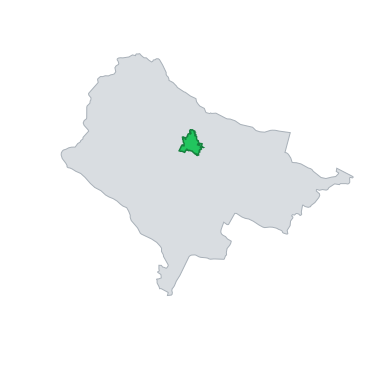 Kailo, Maniema, Democratic Republic of the Congo (highlighted), rotated 297°
{"feature_id": "63176286B17504702690240", "entity_name": "Kailo", "entity_type": "district", "adm_level": 2, "iso_a3": "COD", "parent_name": "Democratic Republic of the Congo", "parent_adm1": "Maniema", "projection": "equal_earth", "projection_center": [25.788, -2.56], "detail": "fine", "context": "in_parent", "style": "filled", "palette": "green", "viewbox_px": 384, "rotation_deg": 297, "n_neighbors": 0, "source": "geoboundaries", "source_scale": "gbopen_adm2", "svg_char_len": 7686}
<svg xmlns="http://www.w3.org/2000/svg" viewBox="0 0 384 384"><g transform="rotate(297 192 192)"><path d="M289.5,252.6L269.4,256.9L269.8,258.4L269.6,260.0L269.1,261.2L267.1,264.6L264.0,267.6L264.0,268.4L265.5,271.8L266.5,276.4L266.2,284.7L266.6,286.9L266.5,288.6L265.5,290.6L263.5,300.4L264.8,305.2L268.7,309.7L271.0,313.0L274.9,314.2L275.6,314.0L275.8,311.2L278.9,310.2L278.8,327.7L278.6,328.7L278.0,328.9L277.3,328.4L277.0,326.7L276.2,326.0L272.4,328.1L271.5,328.1L270.4,327.7L269.7,326.8L269.4,325.5L266.8,320.4L265.5,320.0L264.0,315.4L258.1,312.0L255.8,311.8L254.6,310.7L253.4,307.1L251.4,304.8L251.0,302.2L250.6,301.8L249.3,302.3L248.3,306.4L246.9,307.4L244.5,307.5L238.4,306.3L234.0,304.2L232.8,304.3L231.1,302.5L230.4,299.3L230.8,296.9L230.4,296.5L223.7,298.5L222.1,299.8L220.6,299.5L220.2,298.8L220.8,297.1L220.5,295.3L220.0,294.5L218.0,293.8L217.4,291.8L216.2,291.6L215.8,291.8L215.5,293.2L214.7,293.6L210.8,293.0L206.6,294.7L201.0,294.2L198.4,296.3L198.0,296.2L197.4,295.2L196.9,291.9L197.2,290.9L198.0,290.3L198.3,288.9L198.0,285.5L198.2,284.7L197.9,282.7L197.1,279.5L195.9,276.9L193.3,273.0L192.9,271.2L193.0,266.8L193.8,259.9L193.7,254.8L192.7,251.4L192.4,247.8L193.1,241.4L192.4,239.8L179.7,239.3L179.2,238.8L178.9,237.9L179.5,234.0L171.7,235.0L169.4,235.8L168.0,237.3L167.5,239.3L167.5,242.1L166.3,244.8L166.0,249.3L163.9,249.8L161.7,249.8L157.6,248.9L153.6,250.1L151.6,251.4L150.6,250.8L147.0,251.2L146.5,250.9L142.3,241.9L140.5,239.0L140.1,237.5L140.2,236.1L139.7,234.3L137.8,229.6L137.4,227.5L137.5,224.1L137.2,223.0L135.5,220.1L134.3,219.2L133.1,218.7L112.3,219.1L105.4,218.5L100.4,218.9L97.9,218.6L97.1,218.2L94.9,218.8L93.7,220.0L91.9,220.7L90.8,220.4L88.6,217.1L91.5,216.5L91.7,216.2L91.9,208.2L91.1,207.1L92.6,205.7L95.1,202.2L97.6,200.9L97.9,200.2L98.5,200.2L99.4,201.7L101.5,203.6L104.2,201.9L104.4,201.5L104.8,198.0L105.4,197.7L106.6,198.5L107.2,198.5L108.3,197.5L111.7,195.8L112.7,198.0L111.8,199.9L112.2,201.4L112.3,203.5L112.9,204.0L115.5,204.3L116.3,203.8L121.6,195.9L123.0,195.0L125.2,191.8L128.1,190.4L129.4,188.0L131.1,183.5L131.8,177.2L131.5,166.2L131.8,164.7L135.3,159.8L139.0,150.8L141.4,148.4L143.3,147.5L146.2,144.2L148.4,140.9L148.1,136.9L148.7,133.6L149.9,129.4L150.3,124.9L149.9,120.3L150.1,116.4L151.8,110.3L151.9,103.3L153.5,97.5L156.5,90.0L158.0,84.4L157.7,79.0L158.1,74.9L158.0,72.5L157.4,70.5L157.7,69.2L158.8,68.7L160.3,66.6L162.9,61.2L165.6,58.6L167.6,57.8L169.6,57.9L170.9,58.3L173.0,60.4L175.4,62.1L177.2,64.2L179.0,67.5L183.3,68.2L185.2,69.4L186.3,69.8L186.7,69.5L187.6,69.7L189.7,70.7L191.3,70.1L199.3,72.3L200.2,71.2L202.4,65.6L204.1,63.7L206.8,63.5L208.9,64.6L210.1,64.6L219.9,59.7L221.1,59.5L224.7,60.7L227.0,59.9L228.0,60.1L230.0,59.3L231.6,55.9L232.9,55.1L247.0,58.7L249.2,56.9L250.2,56.7L253.3,58.0L254.3,60.1L256.2,61.9L257.5,64.8L259.6,66.5L260.7,68.0L261.9,69.1L264.5,69.5L267.7,66.9L270.0,67.1L272.3,68.6L273.1,68.5L274.8,67.0L275.8,65.3L276.7,65.0L278.0,65.7L279.1,67.2L280.1,69.5L283.7,74.5L287.1,76.7L287.9,79.8L289.2,79.5L289.8,79.8L290.7,81.7L291.3,82.1L291.4,82.9L290.6,84.8L289.8,88.3L290.8,90.4L289.9,93.6L289.5,96.9L290.6,97.7L292.0,97.6L293.3,99.3L294.4,99.6L295.4,101.4L295.2,102.9L291.8,108.2L286.8,114.7L285.1,115.5L284.2,116.7L283.6,118.6L282.1,120.2L281.0,120.8L280.9,125.5L279.2,130.4L278.5,131.4L277.6,139.3L277.8,140.7L276.8,147.1L277.0,153.1L274.5,155.0L272.9,158.0L272.1,160.1L272.1,165.0L269.4,168.0L269.2,168.7L269.9,172.1L270.9,172.7L270.9,173.8L273.1,177.5L273.0,189.0L273.1,190.1L274.3,192.8L275.0,198.0L274.2,204.5L277.2,216.6L275.8,221.0L276.5,225.2L278.3,229.6L282.6,234.0L283.7,235.8L284.8,238.2L285.8,241.9L289.5,252.6Z" fill="#d9dde1" stroke="#a8b0b8" stroke-width="1"/><path d="M247.5,164.5L247.6,164.3L247.6,164.2L247.4,163.8L247.3,163.7L247.0,163.6L247.1,163.1L246.9,162.7L246.7,162.3L246.3,162.2L245.4,162.2L245.1,162.5L244.7,162.7L244.5,162.8L244.8,163.1L244.9,163.4L244.8,163.7L244.7,163.7L244.4,163.4L244.2,163.2L244.1,163.3L244.1,163.5L244.0,163.8L243.9,164.0L243.7,164.3L243.6,164.2L243.5,164.3L243.4,164.4L243.1,164.3L242.9,164.2L242.9,163.8L242.9,163.5L242.8,163.2L242.7,163.1L242.2,162.5L242.0,162.3L241.8,162.3L241.6,162.3L241.4,162.3L240.3,162.3L240.2,162.3L240.0,162.7L239.5,162.8L239.4,162.8L239.0,162.6L238.2,162.1L237.8,161.9L237.6,161.8L237.3,161.7L237.1,161.9L236.9,162.0L236.4,162.5L236.2,162.5L236.0,162.4L236.0,162.2L236.3,161.9L236.5,161.7L236.8,161.4L237.1,161.1L237.1,160.8L237.1,160.1L237.1,159.8L237.1,159.3L237.0,159.1L236.9,159.0L236.9,158.9L236.6,158.7L236.4,159.7L236.2,159.7L235.9,159.8L235.6,159.5L235.5,159.4L235.3,159.5L235.2,159.5L234.8,159.8L234.6,159.9L234.6,160.0L234.5,160.3L234.4,160.5L234.2,160.6L233.9,160.8L233.8,161.0L233.4,161.0L233.1,161.4L232.9,161.5L232.7,161.6L232.4,161.8L232.3,162.0L232.2,162.2L232.1,162.3L231.9,162.6L231.8,162.9L230.8,163.3L229.8,163.8L229.8,163.2L229.5,163.4L229.4,163.4L229.2,163.3L229.1,163.2L229.2,162.9L229.4,162.6L229.5,162.5L229.5,162.4L229.4,162.3L229.4,162.0L229.4,161.9L229.0,161.9L228.7,161.9L228.2,161.7L228.0,161.8L227.8,161.8L227.8,161.7L227.5,161.7L227.1,161.7L227.1,161.8L222.9,161.8L223.0,163.1L223.1,163.4L223.6,164.2L223.8,164.9L223.9,166.8L223.9,167.4L224.0,167.5L224.9,167.5L225.8,167.5L226.4,167.6L226.5,167.6L226.5,167.9L226.8,168.0L227.0,168.2L227.1,168.3L227.5,168.2L227.8,168.1L227.8,168.3L227.6,168.6L227.3,168.9L227.2,169.0L227.3,169.2L227.4,169.3L227.6,169.3L227.6,169.6L227.3,169.9L227.3,170.1L227.3,170.3L227.6,170.7L227.7,170.8L227.9,170.9L228.0,170.9L228.1,171.3L228.1,171.6L228.1,171.9L228.1,172.1L228.2,172.3L228.3,172.8L228.3,173.0L228.4,173.3L228.5,173.4L228.4,173.6L228.4,174.0L228.2,174.3L228.0,174.8L228.0,175.0L227.9,175.3L227.8,175.7L227.7,176.0L227.6,176.4L227.5,176.5L227.4,177.0L227.4,177.3L227.6,177.3L227.5,177.5L227.6,177.8L227.4,177.7L227.3,177.8L227.4,178.0L227.5,178.1L227.4,178.3L227.3,178.5L227.5,178.7L227.5,178.8L227.3,178.9L227.2,179.0L227.2,179.3L227.2,179.5L226.9,179.6L226.9,179.9L226.9,180.0L227.0,180.2L227.2,180.3L227.4,180.5L227.6,180.8L227.8,180.9L227.9,181.0L228.1,181.1L228.2,180.9L228.4,180.6L228.6,180.3L228.6,180.2L229.2,180.3L230.1,180.3L230.6,180.3L231.1,180.4L231.3,180.6L231.6,179.9L231.7,179.7L231.8,179.7L231.8,179.8L232.0,179.8L232.3,179.9L232.4,180.0L232.5,180.0L232.8,180.0L233.0,180.0L233.2,179.9L233.4,179.9L233.5,179.9L233.7,180.0L233.8,180.2L233.9,180.3L233.9,180.2L234.0,180.3L234.0,180.5L234.3,180.5L234.2,180.6L234.4,180.7L234.5,180.6L234.8,180.5L235.0,180.5L235.5,180.2L235.7,179.9L235.7,179.7L235.8,179.7L235.7,179.5L235.6,179.4L235.6,179.2L236.3,179.2L236.5,179.2L236.7,179.3L236.7,179.9L236.5,180.5L236.6,181.1L236.6,181.7L236.7,181.8L236.8,181.9L236.8,181.5L237.0,181.0L237.1,180.7L237.2,180.3L237.2,180.2L237.3,179.9L237.4,179.7L237.6,179.5L238.1,179.4L238.3,179.4L239.1,179.2L239.4,179.1L239.5,179.1L239.5,178.8L238.8,176.8L238.7,176.1L239.7,174.8L240.0,174.3L240.2,174.5L240.3,174.5L240.5,174.3L240.5,174.1L240.5,173.5L240.5,173.1L240.6,172.8L241.3,172.1L241.7,171.8L242.2,171.5L242.5,171.3L243.1,171.2L243.4,171.0L243.5,170.8L243.5,170.6L243.5,170.3L243.5,170.2L243.6,169.9L243.6,169.7L243.5,169.3L243.8,169.2L243.8,168.9L243.9,168.7L244.0,168.7L244.3,168.6L244.5,168.6L244.8,168.5L244.7,168.7L244.7,168.9L244.7,169.0L244.8,169.1L244.9,169.3L245.0,169.2L245.1,168.8L245.2,168.7L245.3,167.9L245.4,167.6L245.5,167.5L245.8,167.5L245.9,167.4L246.0,167.2L246.3,166.9L246.3,167.1L246.5,167.3L246.5,167.2L246.8,167.2L247.0,167.1L247.3,167.1L247.5,166.8L247.5,166.7L247.4,166.5L247.4,166.4L247.4,165.2L247.5,164.8L247.5,164.5ZM236.7,177.2L236.7,176.6L236.7,176.2L236.6,175.5L237.4,175.4L237.5,175.6L237.8,175.7L237.7,176.9L237.4,176.9L237.1,177.1L237.1,177.4L236.7,177.2Z" fill="#22c55e" stroke="#15803d" stroke-width="1.5"/></g></svg>